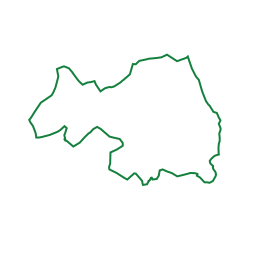 Warawa, Kano, Nigeria (Mercator projection), rotated 338°
{"feature_id": "59680162B63361885953813", "entity_name": "Warawa", "entity_type": "district", "adm_level": 2, "iso_a3": "NGA", "parent_name": "Nigeria", "parent_adm1": "Kano", "projection": "mercator", "projection_center": [8.76, 11.903], "detail": "fine", "context": "isolated", "style": "outline", "palette": "green", "viewbox_px": 256, "rotation_deg": 338, "n_neighbors": 0, "source": "geoboundaries", "source_scale": "gbopen_adm2", "svg_char_len": 2610}
<svg xmlns="http://www.w3.org/2000/svg" viewBox="0 0 256 256"><g transform="rotate(338 128 128)"><path d="M210.2,84.1L208.4,84.8L198.5,84.4L192.1,75.3L191.6,74.6L185.6,75.0L180.7,73.8L172.6,71.4L171.6,71.4L163.6,70.0L163.3,70.1L159.0,71.8L156.5,70.5L152.4,75.7L149.9,78.9L145.8,80.4L143.7,81.0L142.2,81.6L140.6,82.0L138.2,82.9L130.8,84.3L128.0,84.0L125.9,83.0L121.7,82.5L116.2,83.7L114.5,75.7L114.5,72.0L110.6,71.5L107.3,70.6L102.2,70.9L100.9,68.2L99.7,65.3L97.3,56.1L97.4,55.9L95.6,50.5L91.8,46.9L90.3,46.7L84.2,46.7L82.7,54.2L75.8,63.4L72.0,67.1L69.4,69.1L56.6,71.9L47.6,78.0L41.5,82.4L39.5,83.4L39.6,86.2L40.3,89.1L40.6,90.8L40.6,92.8L40.5,96.3L40.4,98.3L39.8,100.9L39.4,102.5L41.1,103.2L42.8,103.7L45.0,104.1L52.7,105.1L61.4,105.1L64.6,104.5L69.8,102.5L71.1,105.2L70.3,106.1L69.0,107.8L67.6,109.4L66.3,110.7L65.7,114.5L65.4,114.5L64.9,114.6L64.9,114.9L65.0,115.2L65.0,115.5L65.1,115.8L65.2,116.1L65.4,116.1L65.4,116.3L65.6,116.5L65.8,116.6L66.5,117.3L70.4,124.7L77.8,123.5L84.4,120.3L89.5,118.2L91.6,117.9L95.4,116.0L99.8,115.4L100.3,116.1L102.3,118.6L107.7,129.1L110.3,131.0L116.2,135.1L117.5,139.9L116.5,142.5L109.5,143.8L102.6,144.1L98.0,154.6L95.9,156.9L95.2,159.4L100.5,165.3L102.6,168.3L105.7,172.6L108.0,175.5L116.8,172.4L117.3,172.7L118.2,173.3L121.3,182.4L120.8,184.4L120.7,184.7L120.6,186.4L124.7,187.3L124.9,187.1L125.2,186.8L125.4,186.5L125.7,186.2L126.1,186.0L126.4,185.8L126.6,185.6L126.8,185.3L127.0,185.1L127.1,184.9L127.6,185.0L127.7,184.8L127.8,184.8L128.0,184.7L128.3,184.6L128.5,184.5L128.8,184.2L129.3,184.3L129.4,184.2L129.6,184.0L129.6,183.9L129.8,183.7L130.0,183.3L130.1,183.2L130.3,183.0L130.5,182.9L131.0,182.8L131.4,182.9L131.6,185.0L135.5,186.0L136.1,185.6L138.7,183.7L141.5,179.2L144.6,179.4L147.8,182.8L151.7,186.2L155.6,191.3L161.6,192.2L164.7,192.6L167.1,192.9L168.5,193.0L168.8,193.0L169.6,193.3L171.0,194.0L173.0,194.9L173.5,195.2L175.1,196.5L175.2,196.8L174.0,198.0L176.2,200.8L178.6,207.0L181.0,208.0L183.0,209.3L185.1,209.2L186.9,208.9L188.5,207.6L189.0,207.3L190.1,206.3L190.9,205.8L192.3,204.0L192.2,203.4L192.5,202.6L192.6,201.9L192.4,200.6L191.9,199.1L191.8,198.2L191.7,197.4L191.9,196.8L192.0,196.1L192.7,195.2L192.0,193.8L191.2,192.0L191.1,190.9L191.5,189.1L194.0,187.6L197.7,186.3L199.7,186.3L202.3,186.6L202.7,185.0L204.5,180.2L206.5,176.3L208.0,174.7L209.3,171.5L210.6,167.2L212.6,165.0L213.7,163.2L213.8,158.0L216.4,155.8L216.6,155.4L216.1,152.3L216.0,147.3L213.3,145.1L212.5,140.7L212.1,138.3L211.2,136.0L210.4,132.4L210.4,128.1L210.4,126.4L210.5,121.5L211.7,109.9L210.3,105.8L209.5,96.6L210.2,84.1Z" fill="none" stroke="#15803d" stroke-width="2"/></g></svg>